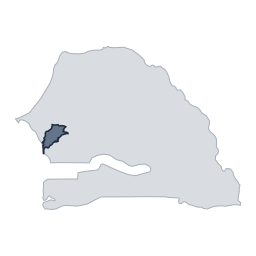 Fatick, Fatick, Senegal (highlighted)
{"feature_id": "50182788B55839740763416", "entity_name": "Fatick", "entity_type": "district", "adm_level": 2, "iso_a3": "SEN", "parent_name": "Senegal", "parent_adm1": "Fatick", "projection": "orthographic", "projection_center": [-16.497, 14.221], "detail": "fine", "context": "in_parent", "style": "filled", "palette": "slate", "viewbox_px": 256, "rotation_deg": 0, "n_neighbors": 0, "source": "geoboundaries", "source_scale": "gbopen_adm2", "svg_char_len": 6764}
<svg xmlns="http://www.w3.org/2000/svg" viewBox="0 0 256 256"><path d="M206.3,115.6L209.8,121.6L209.1,124.5L208.4,128.7L210.4,131.8L212.7,133.7L214.3,135.6L216.2,138.1L216.6,143.1L216.3,146.8L217.5,148.4L218.5,150.5L218.4,152.2L217.7,153.8L215.6,155.9L215.3,159.7L218.9,164.2L221.3,166.6L221.3,168.1L221.9,169.6L223.6,171.4L224.7,171.0L225.8,169.4L226.3,168.4L229.3,168.8L230.8,169.2L232.8,172.2L233.5,174.2L234.1,176.7L236.2,179.8L238.0,181.9L238.4,183.3L240.0,185.1L239.1,189.3L239.3,191.4L238.3,197.0L238.1,199.6L238.2,200.6L240.6,202.5L240.4,205.3L238.0,204.9L233.7,204.7L225.1,206.3L222.2,205.8L216.5,206.1L212.5,206.9L207.5,208.9L203.5,208.5L201.4,207.1L198.5,207.2L195.4,206.5L192.0,205.2L188.9,204.5L185.5,202.0L183.9,201.6L182.9,202.3L181.9,203.1L181.0,203.7L179.2,203.2L178.5,201.5L179.0,199.8L179.2,198.5L178.3,197.9L176.3,197.7L173.0,197.7L167.7,197.3L166.5,196.9L154.6,196.7L142.3,196.7L131.9,196.8L118.7,196.9L109.5,196.9L100.8,196.9L94.2,200.3L87.0,204.1L77.3,206.1L66.1,205.4L62.5,205.9L58.8,207.6L56.1,208.8L52.2,209.5L47.2,208.9L45.2,209.2L44.0,207.6L42.6,204.8L43.5,202.8L46.5,201.5L51.1,199.8L53.5,200.7L54.9,200.8L55.1,199.7L54.7,199.1L51.2,197.6L49.4,195.7L48.0,196.8L46.7,199.2L45.6,199.9L44.1,200.6L43.2,199.0L42.8,197.4L43.5,196.2L43.2,189.4L43.6,185.8L43.4,182.6L45.5,180.5L47.6,179.2L55.5,179.1L63.0,179.0L70.1,179.0L77.4,179.1L78.1,172.7L80.4,172.2L83.8,171.6L90.3,170.8L97.4,170.0L98.9,168.7L100.1,166.6L100.8,164.7L102.3,163.9L104.3,164.6L106.9,165.5L109.7,167.0L112.8,168.4L114.9,169.3L119.9,171.5L128.4,174.6L135.5,175.7L143.9,173.4L150.0,171.8L150.8,169.1L149.8,166.5L145.2,164.1L139.0,164.4L137.1,165.1L134.2,165.9L132.5,166.3L129.6,165.7L125.8,163.6L123.5,161.5L120.2,160.6L116.4,159.6L110.1,155.3L106.9,154.5L103.8,154.3L97.9,155.2L92.2,157.6L89.2,162.9L83.5,162.8L71.2,162.7L60.0,162.6L50.7,162.9L49.8,159.1L47.6,156.0L44.1,153.4L43.3,151.0L44.5,148.9L47.9,147.1L48.7,145.9L46.9,146.1L44.2,147.2L42.4,147.2L42.2,143.9L39.1,139.6L35.8,132.2L31.9,129.2L28.7,123.3L25.4,121.0L22.3,119.9L19.6,120.1L18.6,122.8L15.4,118.9L19.9,117.6L29.5,112.7L40.6,98.7L50.5,82.2L51.7,78.3L52.9,75.3L53.7,68.6L55.1,64.5L56.5,63.8L58.1,60.7L60.1,55.2L62.4,52.2L65.0,51.6L67.0,51.9L68.4,53.0L72.5,53.7L79.4,53.9L84.7,53.1L88.5,51.2L93.4,50.2L99.5,50.2L102.7,49.4L103.0,47.8L103.8,47.4L105.1,48.0L106.3,47.7L107.4,46.6L108.5,46.5L109.6,47.5L114.7,47.7L123.8,47.3L132.3,50.0L140.1,56.0L144.1,60.0L144.4,62.1L145.7,64.1L148.0,66.1L150.1,66.5L152.0,65.1L153.6,65.3L154.7,66.8L156.9,67.1L159.3,66.1L161.1,66.4L161.4,67.4L161.8,67.9L163.0,68.1L164.6,69.2L166.9,72.4L168.8,76.9L170.3,82.7L172.2,85.8L174.5,86.2L175.9,87.4L176.2,88.8L176.9,89.7L178.0,90.2L180.0,89.9L182.3,91.8L184.8,96.0L185.2,97.9L184.9,98.9L185.0,99.7L186.7,100.3L188.3,101.7L189.6,103.8L192.3,105.6L196.6,107.1L199.6,109.5L201.6,112.7L205.5,115.3L206.3,115.6Z" fill="#d9dde1" stroke="#a8b0b8" stroke-width="1"/><path d="M52.1,124.6L52.2,125.0L52.3,125.4L52.3,125.6L52.3,125.8L52.1,126.2L52.0,126.3L51.9,126.6L51.8,126.9L51.9,127.1L51.8,127.4L51.7,127.8L51.5,128.3L51.4,128.5L51.1,128.9L50.9,129.1L50.6,129.3L50.3,129.6L50.0,129.8L49.5,130.2L49.2,130.4L48.7,130.5L48.5,130.8L48.4,130.9L48.3,131.0L48.1,131.2L48.0,131.3L46.7,131.3L46.4,131.5L46.1,131.8L45.6,132.3L45.5,132.5L45.5,132.8L45.4,133.1L45.3,134.1L45.3,134.4L45.3,134.6L45.3,134.8L45.4,135.3L45.4,135.6L45.4,135.8L45.3,136.0L45.2,136.4L44.8,137.0L44.7,137.1L44.4,137.4L44.1,137.9L44.0,138.1L43.9,138.3L43.9,138.5L44.0,138.9L44.1,139.1L44.4,139.3L44.6,139.4L44.8,139.5L44.8,139.8L44.6,140.3L44.5,140.5L44.4,140.5L44.2,140.5L43.9,140.8L43.6,141.0L43.4,141.2L43.4,141.3L43.7,141.7L43.7,141.9L43.8,142.0L43.7,142.1L43.4,142.0L43.2,142.1L42.9,142.1L42.7,142.1L42.5,142.3L42.3,142.5L42.4,142.8L42.5,142.9L42.7,143.0L42.8,143.1L43.2,143.4L43.2,143.5L43.4,143.7L43.6,143.9L43.7,144.2L43.8,144.4L43.7,144.6L43.8,144.8L43.7,144.9L43.4,144.8L43.1,145.2L42.9,145.4L43.0,145.8L43.0,146.0L43.1,147.0L43.1,147.4L43.2,147.6L43.2,147.8L43.2,148.0L43.2,148.3L43.2,148.6L43.3,149.1L43.2,149.4L43.3,149.6L43.3,150.3L43.2,150.6L43.3,150.8L43.3,151.2L43.3,151.3L43.3,151.6L43.3,151.9L43.3,152.1L43.3,152.3L43.4,152.8L43.5,153.1L43.5,153.3L43.4,153.5L43.5,153.6L43.8,153.6L43.8,152.9L43.8,152.5L43.8,152.1L43.8,151.7L43.8,151.4L43.8,151.0L43.8,150.9L43.8,150.7L43.7,150.1L43.7,149.9L43.8,149.5L43.7,149.5L43.8,149.3L43.7,149.3L43.8,149.0L43.8,148.9L43.9,148.7L44.1,148.5L44.2,148.3L44.3,148.2L44.5,148.0L44.9,147.7L45.2,147.4L45.3,147.2L45.5,147.0L45.9,147.0L46.3,147.1L46.5,147.2L46.6,147.3L46.9,147.5L47.1,147.5L47.3,147.6L47.5,147.7L47.6,147.8L47.8,147.9L48.0,147.9L48.3,147.9L48.6,147.6L48.9,147.4L49.2,146.8L49.3,146.7L49.6,146.2L49.8,145.9L50.0,145.7L50.3,145.4L50.5,145.3L50.5,145.2L50.8,145.1L51.0,145.0L51.3,144.9L51.6,144.8L51.7,144.6L51.8,144.5L52.1,144.2L52.3,144.0L52.5,143.7L52.8,143.3L52.9,143.1L53.1,142.7L53.3,142.5L53.7,142.3L53.8,142.2L54.0,142.2L54.3,142.2L54.5,142.2L54.8,142.2L54.9,141.6L55.0,141.3L55.2,141.1L55.4,141.0L55.5,141.0L55.9,141.3L56.0,141.6L56.5,141.8L56.9,141.9L57.1,141.8L57.3,141.6L57.2,141.4L57.1,141.2L57.3,141.2L57.5,141.2L57.5,140.9L57.7,141.0L57.8,140.9L57.8,140.7L57.9,140.8L58.1,140.9L58.1,140.7L57.9,140.6L57.8,140.4L58.0,140.4L58.0,140.2L57.9,139.8L57.8,139.7L57.9,139.4L57.8,139.2L57.8,138.9L58.0,139.0L58.3,139.0L58.3,138.9L58.4,139.0L58.5,139.0L58.5,138.9L58.4,138.8L58.5,138.7L58.4,138.6L58.2,138.4L58.3,138.3L58.3,138.1L58.3,137.9L58.4,137.7L58.5,137.7L58.8,137.6L59.2,137.4L59.5,137.3L59.9,137.0L60.0,137.0L60.2,136.8L60.4,136.6L60.5,136.5L60.7,136.4L60.9,136.1L61.0,135.8L61.3,135.6L61.5,135.4L61.7,135.2L61.8,135.0L61.9,134.9L62.1,134.8L62.4,134.6L62.7,134.6L62.8,134.6L63.2,134.6L63.6,134.5L63.8,134.4L64.1,134.3L64.5,134.2L64.8,134.1L65.3,133.9L65.7,133.8L65.9,133.7L66.2,133.6L66.5,133.5L66.8,133.5L67.2,133.5L67.5,133.6L67.9,133.7L68.0,133.4L68.0,133.2L67.9,133.1L67.8,132.9L67.5,132.7L67.3,132.7L67.0,132.5L66.7,132.4L66.4,132.2L66.1,132.2L65.9,132.2L65.7,132.2L65.4,132.2L65.2,132.2L64.5,132.0L64.4,131.9L64.2,131.9L63.7,131.8L63.6,131.7L63.4,131.7L63.2,131.6L63.1,131.4L63.1,131.2L63.3,131.1L63.5,130.9L63.7,130.7L63.8,130.2L63.7,130.1L63.8,130.0L63.7,129.8L63.8,129.8L63.8,129.5L63.8,129.4L63.9,128.8L64.0,128.6L64.2,128.4L64.3,128.2L64.5,128.0L64.6,127.9L64.8,127.7L65.0,127.6L65.2,127.4L65.3,127.3L65.5,127.1L65.7,126.9L65.8,126.8L65.6,126.7L65.4,126.5L65.2,126.4L64.9,126.4L64.4,126.2L64.2,126.1L64.0,125.9L63.9,125.9L63.5,125.9L62.9,125.8L62.4,125.7L61.7,125.7L61.4,125.6L61.2,125.6L60.8,125.7L60.0,125.8L59.5,125.9L59.1,125.9L58.9,125.8L58.5,125.3L58.1,124.7L57.3,124.8L56.3,124.9L55.9,124.9L55.7,124.9L55.3,125.0L54.8,125.0L54.4,125.0L54.1,125.0L53.9,125.0L53.7,125.1L53.2,124.9L53.0,124.7L52.8,124.6L52.5,124.6L52.1,124.6Z" fill="#64748b" stroke="#1e293b" stroke-width="1.5"/></svg>